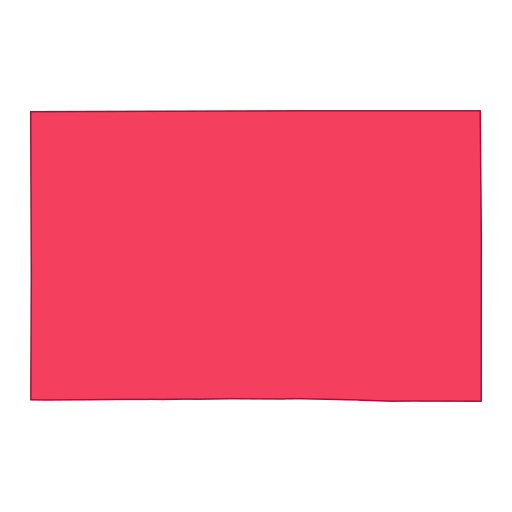 Lafayette, Wisconsin, United States of America
{"feature_id": "52423323B65148542949332", "entity_name": "Lafayette", "entity_type": "district", "adm_level": 2, "iso_a3": "USA", "parent_name": "United States of America", "parent_adm1": "Wisconsin", "projection": "robinson", "projection_center": [-90.154, 42.66], "detail": "fine", "context": "isolated", "style": "filled", "palette": "rose", "viewbox_px": 512, "rotation_deg": 0, "n_neighbors": 0, "source": "geoboundaries", "source_scale": "gbopen_adm2", "svg_char_len": 556}
<svg xmlns="http://www.w3.org/2000/svg" viewBox="0 0 512 512"><path d="M30.7,111.7L31.3,276.2L30.8,399.8L46.4,400.0L73.4,399.8L75.5,399.8L79.5,399.8L124.5,399.4L148.2,399.4L150.9,399.2L152.6,399.3L163.3,399.5L165.2,399.4L186.2,399.1L199.3,399.2L218.1,398.9L231.2,398.7L247.6,398.8L284.3,399.0L285.8,398.8L300.6,398.7L342.7,399.6L344.0,399.7L357.5,399.9L359.1,400.1L368.0,400.4L368.4,400.4L391.2,401.2L412.8,401.0L413.2,401.0L413.3,401.0L481.2,401.2L481.3,233.9L480.2,110.8L301.0,110.8L30.7,111.7Z" fill="#f43f5e" stroke="#9f1239" stroke-width="1.5"/></svg>